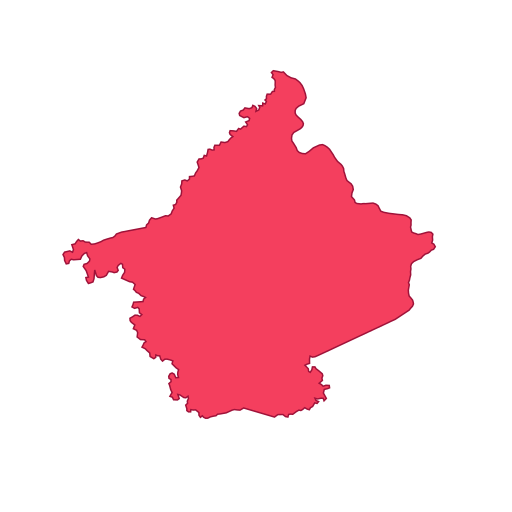 the district of Coronel Domingos Soares, Paraná, Brazil, rotated 37°
{"feature_id": "56859067B31393521005465", "entity_name": "Coronel Domingos Soares", "entity_type": "district", "adm_level": 2, "iso_a3": "BRA", "parent_name": "Brazil", "parent_adm1": "Paraná", "projection": "mercator", "projection_center": [-51.965, -26.173], "detail": "fine", "context": "isolated", "style": "filled", "palette": "rose", "viewbox_px": 512, "rotation_deg": 37, "n_neighbors": 0, "source": "geoboundaries", "source_scale": "gbopen_adm2", "svg_char_len": 5869}
<svg xmlns="http://www.w3.org/2000/svg" viewBox="0 0 512 512"><g transform="rotate(37 256 256)"><path d="M384.1,132.1L381.7,131.7L379.6,132.8L378.3,134.2L374.3,139.4L372.4,141.4L370.3,141.9L367.9,142.8L365.8,143.1L364.1,141.7L362.0,139.9L361.2,138.0L359.7,136.1L358.2,133.8L355.9,133.0L351.9,133.3L348.4,134.8L344.3,137.4L336.5,141.9L331.8,144.2L328.7,145.1L325.3,143.5L323.2,142.4L320.5,142.4L317.6,143.3L312.1,148.2L310.0,149.7L308.6,151.2L304.9,153.4L302.9,153.6L300.9,152.0L296.5,151.1L294.7,147.9L293.7,144.4L291.2,142.1L288.5,141.1L286.0,141.1L283.2,141.0L280.8,139.6L278.7,138.0L277.1,136.8L275.3,135.6L273.3,133.4L270.8,132.2L268.9,131.7L264.2,131.4L262.2,130.8L259.1,129.8L256.8,128.7L250.5,126.5L247.4,126.2L244.6,126.4L242.1,127.0L239.9,129.2L236.7,135.1L235.5,140.4L234.0,144.6L231.1,146.4L228.2,147.3L225.5,147.0L222.9,145.3L217.8,143.3L215.5,142.6L213.5,140.6L211.9,137.7L211.8,134.6L212.9,132.1L214.8,127.7L215.2,125.7L215.1,123.6L214.2,121.8L212.4,120.7L209.5,120.0L205.9,119.7L203.2,119.3L201.3,118.3L199.7,116.2L199.2,114.0L199.9,110.7L202.5,105.6L200.8,99.5L198.0,96.9L193.4,93.8L190.2,92.1L186.7,91.1L184.4,90.9L180.9,90.9L176.7,92.6L172.1,93.3L167.1,92.5L165.6,94.2L162.6,95.4L158.3,97.6L157.9,100.2L160.5,100.9L161.3,103.7L163.3,103.6L165.7,104.3L167.1,106.1L168.4,108.0L170.1,109.7L170.4,111.9L171.6,113.4L170.1,114.7L170.3,118.0L167.5,120.0L168.2,122.2L169.7,124.1L169.3,126.0L171.3,126.3L171.9,129.0L169.4,129.8L170.9,132.1L167.7,134.2L169.6,135.1L170.3,137.8L168.9,140.5L167.7,137.8L165.1,137.1L162.8,137.6L163.5,140.0L161.9,142.4L159.6,143.6L158.0,144.4L158.0,147.0L156.4,149.6L156.7,152.2L158.4,153.6L163.1,152.8L165.3,149.9L168.1,149.9L169.0,152.0L167.1,155.2L170.3,156.3L170.5,158.4L168.2,159.6L167.7,162.0L167.3,164.0L165.4,164.6L165.4,168.2L162.6,169.7L159.9,171.5L160.6,173.5L162.2,174.5L165.7,174.6L164.9,177.0L164.7,179.2L164.7,181.6L162.9,184.1L159.5,186.0L160.2,189.6L156.5,192.3L157.1,194.6L158.7,196.4L157.3,197.8L154.9,198.4L153.6,199.7L155.0,202.5L156.3,205.9L154.1,206.8L155.0,209.6L153.8,211.4L152.1,212.8L152.5,216.4L154.9,218.0L157.2,219.7L157.8,223.6L157.8,226.0L158.6,229.1L157.3,230.6L155.1,232.6L156.6,234.7L155.9,237.4L153.4,238.1L151.6,240.6L153.3,243.2L154.2,246.4L157.4,248.7L158.7,250.9L159.6,252.7L159.4,255.5L159.1,259.1L160.4,260.7L160.8,263.3L159.4,265.2L161.8,267.1L162.0,270.4L162.9,273.4L161.8,276.9L159.5,278.3L157.5,281.5L154.8,285.6L153.4,287.0L149.6,288.3L149.4,291.5L150.4,294.3L149.9,297.0L150.9,299.5L134.2,317.9L131.3,322.4L131.3,325.0L130.6,327.4L129.0,329.2L126.7,332.3L124.7,335.2L123.6,337.8L121.8,340.7L120.0,343.3L117.4,345.8L114.5,345.4L111.4,347.6L108.7,347.9L106.7,349.8L104.2,349.7L104.0,352.3L104.2,355.2L102.1,357.8L104.7,359.6L106.4,360.8L107.2,363.4L104.2,364.0L100.8,368.1L101.0,371.0L103.9,372.5L105.9,374.8L109.2,376.5L110.9,374.6L109.9,372.1L110.4,369.8L112.6,368.8L117.7,364.3L116.9,360.7L117.4,357.2L118.7,355.2L121.4,357.2L125.1,358.3L126.1,360.3L125.6,363.6L123.7,366.1L124.3,368.3L129.2,369.9L134.9,373.7L133.1,375.6L135.3,377.5L138.7,378.8L140.1,376.9L141.4,374.8L140.3,371.7L135.6,364.2L140.4,367.7L142.6,368.1L144.7,366.9L147.0,364.2L148.1,361.5L147.5,357.0L150.9,355.2L152.7,354.7L154.6,352.5L154.6,350.4L152.0,348.8L151.6,346.5L152.5,343.2L154.4,343.0L156.6,345.5L159.2,345.5L160.9,348.1L161.1,351.6L161.9,354.6L170.5,352.6L173.2,351.2L176.6,351.5L178.2,356.3L180.1,356.4L182.3,357.0L184.8,356.4L188.1,356.8L190.6,356.0L192.7,355.6L192.2,358.1L193.2,360.4L188.0,364.9L186.1,366.5L187.1,369.1L187.6,371.3L190.5,370.9L192.5,368.2L194.5,368.5L197.1,371.5L200.1,371.5L199.7,374.1L196.9,374.7L194.9,376.1L194.1,378.6L192.8,381.6L194.4,383.4L196.5,384.0L200.7,384.0L201.8,387.9L205.4,387.2L207.6,388.4L209.8,392.2L211.7,392.2L214.0,392.3L217.5,389.9L219.7,390.6L218.9,392.7L219.5,395.2L219.8,397.4L223.5,396.7L225.6,397.1L229.5,397.4L231.9,400.0L236.2,399.5L236.9,397.3L235.6,395.3L237.4,394.9L239.2,393.7L242.0,395.7L244.6,396.2L245.3,393.3L247.0,391.9L249.8,390.7L252.7,389.8L253.8,392.6L259.4,393.4L262.5,393.3L263.5,395.8L264.7,397.7L267.2,399.7L265.2,401.5L261.8,399.6L259.4,399.9L258.3,401.7L258.7,404.6L260.2,406.1L262.4,405.8L263.8,407.5L263.2,410.3L265.0,411.4L268.4,414.1L271.1,415.5L271.7,419.9L274.2,419.1L276.7,420.4L279.9,418.2L280.5,416.1L278.7,414.8L276.9,413.6L279.0,412.7L283.5,412.5L285.3,411.5L286.1,408.9L287.8,410.4L288.5,413.3L290.0,414.8L289.6,417.4L292.7,419.6L293.8,421.1L295.9,421.1L297.6,419.8L296.4,417.9L298.7,416.7L300.4,415.2L304.6,415.4L306.3,417.5L308.7,418.3L309.3,415.9L311.2,416.3L313.4,415.9L315.1,414.5L316.4,411.9L318.4,409.5L320.2,407.6L320.5,405.5L322.5,403.6L326.6,399.2L329.8,393.3L331.2,391.6L333.5,390.3L336.0,388.7L337.6,384.8L367.7,373.5L368.9,369.5L372.9,366.4L376.2,366.5L378.4,365.4L377.4,362.9L378.8,361.4L380.6,360.3L381.9,355.9L383.0,353.3L384.8,352.4L385.6,350.6L386.2,347.8L388.9,347.5L391.1,346.7L390.8,344.4L391.8,342.1L391.3,338.0L393.5,337.0L393.6,334.6L390.9,335.3L388.7,334.1L391.1,333.2L393.6,330.4L395.3,329.2L397.5,330.7L397.9,327.4L392.3,324.9L390.8,321.5L393.1,318.7L394.1,317.0L392.4,315.3L389.6,317.2L388.0,319.6L385.7,319.3L383.0,319.6L383.9,315.4L382.1,313.8L381.4,311.4L379.8,310.2L375.3,309.9L371.8,309.9L369.8,309.1L367.8,310.6L369.1,313.3L369.3,316.3L367.5,316.5L365.6,314.6L360.8,313.8L361.9,311.6L363.4,309.5L360.8,306.2L359.4,303.4L361.9,302.8L363.8,300.9L365.3,298.2L372.4,284.9L373.7,282.4L402.0,229.0L402.9,227.2L405.3,222.8L410.9,207.0L410.9,204.9L411.2,202.0L410.6,199.5L409.2,198.2L407.6,197.0L404.9,196.3L402.4,195.8L400.2,193.9L398.2,191.6L395.7,186.7L393.8,185.5L393.1,183.0L392.0,180.8L390.9,178.0L388.8,175.5L387.5,173.1L385.7,171.1L384.8,168.5L385.3,165.5L387.0,162.0L389.1,158.6L389.3,155.6L390.0,152.6L391.6,150.3L392.2,148.4L392.5,145.8L393.8,143.8L393.6,140.7L390.9,139.5L388.5,139.8L387.5,137.0L385.3,134.5L384.1,132.1Z" fill="#f43f5e" stroke="#9f1239" stroke-width="1.5"/></g></svg>